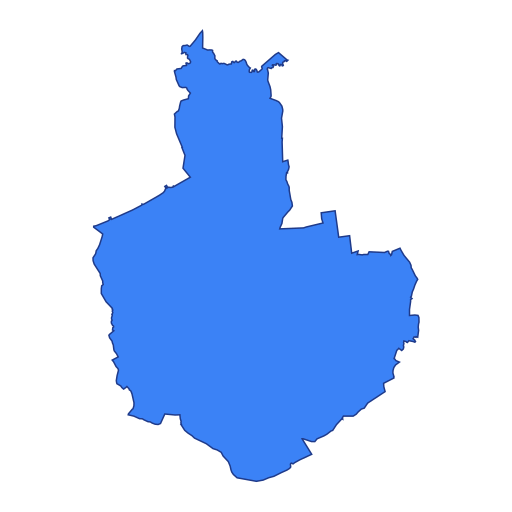 Tauteu, Bihor, Romania
{"feature_id": "2599482B27968189683607", "entity_name": "Tauteu", "entity_type": "district", "adm_level": 2, "iso_a3": "ROU", "parent_name": "Romania", "parent_adm1": "Bihor", "projection": "mercator", "projection_center": [22.342, 47.279], "detail": "fine", "context": "isolated", "style": "filled", "palette": "blue", "viewbox_px": 512, "rotation_deg": 0, "n_neighbors": 0, "source": "geoboundaries", "source_scale": "gbopen_adm2", "svg_char_len": 5957}
<svg xmlns="http://www.w3.org/2000/svg" viewBox="0 0 512 512"><path d="M417.7,279.4L417.1,278.2L415.3,275.8L412.2,269.4L411.2,267.8L411.0,265.3L409.6,262.2L404.0,255.4L400.9,250.1L400.0,248.2L392.3,251.4L391.5,254.8L390.7,255.5L390.4,254.3L389.2,253.6L388.5,251.3L387.5,251.2L384.5,252.5L369.1,251.8L367.8,254.5L363.7,254.5L362.2,254.9L358.6,254.4L357.2,254.6L358.1,251.0L351.7,253.2L349.6,235.7L338.7,237.2L335.1,210.8L321.2,212.8L321.7,218.8L323.0,223.0L306.2,227.0L303.6,227.9L279.7,228.9L280.1,227.4L281.9,223.5L282.7,218.5L283.1,217.6L287.9,211.9L289.7,210.1L292.4,206.0L291.9,202.3L290.8,199.6L289.2,190.3L289.2,187.6L288.9,186.3L287.6,183.8L287.0,181.8L285.9,179.7L286.0,176.3L286.6,172.7L287.5,172.9L287.5,171.5L288.5,169.6L289.1,166.8L288.5,164.7L288.0,161.0L287.8,160.1L282.7,161.7L282.1,142.0L282.4,138.3L281.7,138.3L282.4,126.7L281.5,118.2L282.8,111.0L282.7,109.3L281.9,106.1L279.4,102.5L278.3,101.6L276.0,100.5L270.0,98.3L271.0,96.5L271.1,95.4L270.7,89.8L270.0,86.6L267.9,81.0L267.7,79.8L268.3,73.1L267.5,69.4L267.2,69.1L267.6,68.0L268.2,67.6L271.2,68.5L271.7,67.8L273.0,67.5L273.5,66.2L272.3,65.3L272.5,64.8L274.5,64.8L275.3,65.2L276.4,64.9L276.5,64.5L276.2,63.9L276.6,63.5L277.9,63.6L278.4,63.9L278.9,65.2L279.5,65.9L280.0,65.8L280.4,64.5L281.0,64.5L281.9,65.0L282.3,65.9L282.8,65.8L283.3,65.4L282.5,63.1L282.8,62.3L284.3,61.5L284.4,60.8L285.2,60.6L286.7,61.4L287.9,60.2L287.0,59.9L278.5,52.6L275.4,54.4L261.8,66.2L261.6,66.9L262.2,68.3L262.0,69.1L258.8,71.9L257.9,72.2L257.4,72.1L256.7,70.1L255.8,69.0L255.0,69.0L254.6,69.6L254.6,70.8L254.3,71.6L253.7,71.6L253.0,70.2L252.6,70.1L252.2,70.3L252.0,71.6L251.5,72.4L249.6,72.3L249.3,72.0L249.2,71.4L249.3,69.9L250.3,68.0L249.5,67.6L247.5,65.4L246.8,64.3L246.2,62.3L245.3,60.5L244.6,59.8L243.7,59.4L243.0,59.4L241.2,60.8L239.9,61.2L238.5,62.4L237.2,62.3L236.4,61.1L235.5,61.2L234.4,62.6L233.9,62.6L232.8,61.4L231.7,61.9L231.4,63.9L228.9,64.2L228.1,64.7L227.2,64.9L224.4,63.5L223.3,63.4L222.3,63.7L221.0,63.3L220.1,63.9L219.5,63.9L217.2,61.7L217.1,60.7L216.3,60.4L214.8,58.6L214.9,55.8L213.5,53.1L212.8,52.5L212.6,52.0L212.6,50.4L211.8,50.0L209.1,49.9L207.8,50.1L202.6,48.0L202.8,37.5L202.7,32.5L202.4,30.7L200.0,33.3L195.4,40.0L190.1,46.3L189.3,46.4L187.1,45.0L185.4,45.5L183.2,45.6L182.1,46.6L181.7,48.9L182.2,52.0L181.7,53.6L180.8,53.9L182.4,53.5L184.4,52.4L185.9,52.8L185.8,53.8L186.0,54.6L187.5,54.6L187.9,55.4L187.6,56.4L187.5,58.0L188.0,58.6L189.4,59.3L190.6,61.7L190.4,62.7L189.7,63.4L188.4,63.7L187.0,62.9L186.1,63.0L186.0,63.7L186.7,65.0L186.5,65.5L183.4,65.8L182.5,66.2L181.2,68.4L176.9,69.0L175.3,70.8L174.5,70.6L174.4,71.4L176.0,77.2L176.3,79.5L179.1,85.8L179.8,86.6L182.2,87.6L185.9,87.4L186.8,88.1L187.1,89.2L187.9,90.4L190.4,93.1L188.6,95.9L188.4,98.7L183.6,100.0L181.1,101.0L180.6,102.1L179.6,106.1L179.3,108.3L178.5,110.6L178.0,111.2L177.3,111.4L174.4,114.1L175.0,117.0L174.9,127.3L176.6,133.8L182.3,147.3L181.9,147.5L185.0,155.4L183.0,168.2L190.3,177.2L174.0,186.5L173.5,186.0L173.2,186.2L173.5,186.8L172.7,187.2L170.7,187.5L168.5,187.2L167.2,187.9L166.9,187.4L167.4,187.0L166.5,185.4L164.8,186.4L165.8,188.0L166.4,187.7L166.7,188.1L165.4,189.0L164.6,191.1L163.2,192.7L159.5,195.2L144.5,203.8L142.9,204.5L142.0,204.0L141.8,205.0L141.3,205.4L132.1,210.2L111.5,219.4L111.2,219.0L111.4,218.9L110.7,217.1L108.9,217.9L109.7,219.6L108.0,220.9L96.2,225.7L93.7,226.2L93.7,227.2L102.7,234.0L102.2,236.5L99.6,244.7L97.8,248.5L96.2,250.8L95.9,252.7L95.5,254.0L93.0,257.8L93.1,260.7L94.2,264.1L100.2,273.5L100.3,275.7L102.7,281.0L102.7,282.6L103.2,284.5L101.7,285.8L101.3,288.7L101.3,293.5L106.1,301.8L112.3,308.3L112.1,309.0L112.6,309.4L112.7,310.4L112.4,310.6L112.3,311.4L112.8,312.4L112.6,313.2L111.9,314.3L111.9,314.6L112.3,314.8L112.3,315.4L111.5,317.9L111.6,319.1L111.9,319.6L112.0,320.6L111.4,321.1L111.3,322.0L111.4,323.1L112.6,325.4L113.5,326.0L113.6,327.0L112.8,327.7L112.5,330.0L113.8,330.8L109.6,334.3L108.9,335.2L109.6,337.8L112.1,341.2L112.4,342.8L113.3,345.0L113.8,349.2L114.2,350.8L116.5,353.7L118.2,356.9L112.2,360.1L113.6,361.8L116.1,366.6L117.9,368.5L118.4,369.8L118.4,370.6L117.1,375.6L116.3,380.6L116.5,382.0L116.9,383.7L120.7,385.9L121.8,387.5L123.6,389.1L126.0,387.4L126.9,386.5L129.0,388.7L129.3,389.8L130.6,390.7L131.0,391.3L132.0,393.9L134.0,402.8L133.9,405.8L133.0,408.8L132.3,409.2L128.4,413.9L128.2,414.8L133.8,416.1L139.6,418.7L142.5,418.8L143.5,419.6L148.0,421.7L150.3,421.9L152.0,423.0L155.1,424.2L158.1,424.5L160.5,423.5L164.8,414.0L175.2,415.0L179.9,414.8L180.3,418.8L181.1,421.3L180.9,423.0L181.4,424.4L181.0,424.5L184.7,430.3L187.9,433.0L192.0,435.7L194.5,438.1L206.3,443.7L213.0,448.6L217.1,449.9L221.2,452.3L223.1,456.0L228.3,461.6L230.1,465.9L231.0,469.9L231.8,472.1L233.4,474.5L237.1,477.8L256.4,481.3L263.1,480.1L268.8,477.7L273.9,476.3L281.3,472.6L286.9,470.1L289.6,468.4L290.7,467.0L290.4,464.2L290.8,463.4L291.8,463.1L292.3,463.7L293.3,463.8L294.4,462.8L300.0,459.7L311.7,454.3L302.1,438.8L302.9,438.7L311.6,441.6L314.8,441.6L317.1,438.8L323.9,435.9L326.9,434.2L331.0,431.0L332.7,430.4L336.4,424.7L341.4,419.3L342.2,418.9L342.7,419.2L342.6,418.4L342.2,418.1L343.4,416.1L353.2,416.1L356.2,414.2L358.1,412.0L361.3,409.1L364.3,408.1L366.6,404.6L367.9,402.9L385.1,391.6L383.8,386.6L383.6,383.3L393.9,378.0L393.7,377.0L394.0,376.8L392.9,373.0L393.0,370.6L393.8,367.6L395.6,364.9L399.4,362.1L395.9,360.6L394.5,358.7L394.1,358.6L396.8,350.3L397.6,349.7L398.8,348.3L401.7,350.5L403.3,349.0L403.8,347.0L403.4,345.7L403.9,343.5L403.6,342.6L403.9,341.0L406.2,341.6L406.6,342.2L407.4,342.5L408.9,340.7L413.0,341.5L414.9,342.2L415.5,341.4L414.8,340.5L414.7,340.0L413.5,339.3L413.1,338.6L413.8,337.7L413.9,337.1L414.8,336.9L416.0,337.3L416.2,336.6L417.7,337.2L418.6,330.4L418.2,327.1L418.5,324.1L419.0,322.1L418.9,317.5L418.0,315.4L414.8,315.0L409.5,315.5L409.5,314.7L409.5,309.4L410.6,301.6L410.6,299.5L412.0,298.6L410.6,297.2L411.4,296.2L412.3,291.9L413.5,289.2L414.9,285.0L416.7,281.0L417.7,279.4Z" fill="#3b82f6" stroke="#1e3a8a" stroke-width="1.5"/></svg>